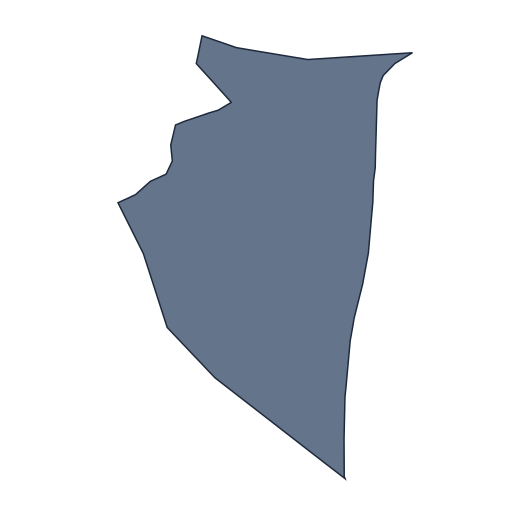 the district of Beliel, Southern Darfur, Sudan, rotated 4°
{"feature_id": "16777658B54519575625723", "entity_name": "Beliel", "entity_type": "district", "adm_level": 2, "iso_a3": "SDN", "parent_name": "Sudan", "parent_adm1": "Southern Darfur", "projection": "robinson", "projection_center": [25.18, 11.91], "detail": "fine", "context": "isolated", "style": "filled", "palette": "slate", "viewbox_px": 512, "rotation_deg": 4, "n_neighbors": 0, "source": "geoboundaries", "source_scale": "gbopen_adm2", "svg_char_len": 894}
<svg xmlns="http://www.w3.org/2000/svg" viewBox="0 0 512 512"><g transform="rotate(4 256 256)"><path d="M360.4,471.9L359.4,469.8L356.6,432.5L354.6,390.4L354.9,381.0L355.9,334.0L357.4,319.9L357.7,316.7L358.2,311.4L363.1,283.6L364.4,276.3L365.3,268.2L367.9,245.2L368.4,215.3L368.7,199.4L368.8,193.0L368.7,191.9L368.0,172.8L368.8,159.6L368.6,156.0L367.9,141.1L367.7,135.3L367.6,133.1L365.9,92.2L367.1,80.9L367.9,74.4L370.3,67.1L371.2,66.0L381.1,54.3L396.5,43.3L397.4,42.7L397.3,42.4L352.9,48.4L293.9,56.4L259.3,53.1L239.3,51.2L221.9,49.5L186.8,40.1L184.1,60.4L183.0,68.2L188.6,73.6L197.1,81.7L217.2,101.1L220.6,104.5L208.1,113.2L199.3,116.5L175.1,126.7L166.6,130.9L163.2,151.2L165.9,167.1L160.6,180.6L145.4,188.9L131.5,203.2L114.6,212.5L143.5,261.5L172.4,333.5L223.6,380.4L288.6,423.9L289.9,424.8L316.0,442.3L340.5,458.7L360.4,471.9Z" fill="#64748b" stroke="#1e293b" stroke-width="1.5"/></g></svg>